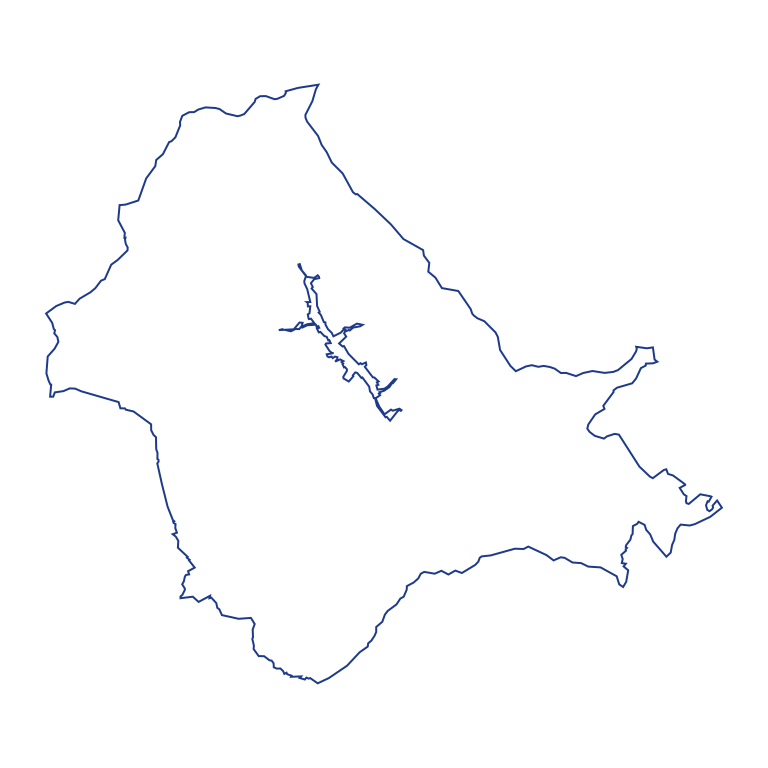 Sandominic, Harghita, Romania
{"feature_id": "2599482B98867301333239", "entity_name": "Sandominic", "entity_type": "district", "adm_level": 2, "iso_a3": "ROU", "parent_name": "Romania", "parent_adm1": "Harghita", "projection": "robinson", "projection_center": [25.816, 46.646], "detail": "fine", "context": "isolated", "style": "outline", "palette": "blue", "viewbox_px": 768, "rotation_deg": 0, "n_neighbors": 0, "source": "geoboundaries", "source_scale": "gbopen_adm2", "svg_char_len": 6090}
<svg xmlns="http://www.w3.org/2000/svg" viewBox="0 0 768 768"><path d="M710.3,516.8L721.9,507.7L717.1,500.5L712.6,505.7L713.1,507.4L712.2,509.2L709.5,511.2L707.3,509.9L706.0,505.3L707.6,501.3L708.7,501.7L711.5,496.7L710.6,496.3L700.3,494.3L688.8,503.9L686.5,503.2L685.9,501.2L686.5,496.1L683.8,494.3L679.7,487.9L685.2,484.9L684.9,484.2L673.1,475.5L668.0,473.9L666.3,469.3L663.8,470.0L652.8,478.2L649.9,476.6L639.4,466.6L618.9,434.6L614.6,433.9L607.1,436.3L603.9,438.6L594.7,435.8L589.5,431.8L587.3,428.6L588.3,424.5L595.2,414.4L604.5,408.9L603.3,405.8L613.6,392.0L613.5,390.4L617.0,387.7L632.2,383.3L636.1,378.5L640.9,368.1L645.7,365.6L645.9,363.6L653.1,363.3L657.3,361.7L654.6,359.6L652.9,347.4L646.9,348.3L636.2,346.8L636.8,348.7L636.1,351.4L631.5,359.0L618.0,370.1L613.3,371.9L604.7,372.9L592.5,371.0L583.2,373.0L576.0,376.1L566.1,372.9L560.9,373.0L554.8,368.7L549.9,367.0L543.7,365.9L538.4,366.8L531.8,365.2L526.1,366.4L515.8,371.2L510.4,365.9L500.1,350.0L497.8,336.8L495.5,332.4L484.3,321.2L477.3,318.2L473.8,315.5L472.2,313.6L470.7,309.1L458.3,291.0L441.9,288.1L435.4,277.6L428.3,271.7L429.3,262.9L423.9,255.6L423.1,250.1L403.5,239.1L391.0,224.5L374.8,209.1L357.2,194.0L355.6,194.3L352.9,192.1L342.7,173.5L331.8,162.6L326.8,152.3L321.6,144.8L318.1,136.0L307.1,121.6L305.5,117.7L305.4,114.9L312.4,101.1L315.9,89.2L318.4,84.7L298.0,87.9L285.6,91.3L285.9,92.8L284.2,95.8L277.4,98.8L274.5,99.2L265.9,96.1L260.1,96.2L255.6,98.9L254.7,101.9L244.3,114.0L240.3,115.6L237.4,116.2L226.0,113.5L219.6,109.1L215.5,108.0L205.5,107.4L198.4,109.5L194.1,112.1L189.2,112.2L182.3,115.8L180.0,121.9L180.2,125.3L175.4,137.3L171.5,141.2L169.1,142.1L162.9,154.2L156.2,160.0L155.3,166.1L146.2,178.4L138.3,200.5L125.6,204.6L119.6,205.1L118.2,220.3L124.8,232.8L124.4,237.8L125.5,237.7L125.0,239.7L125.8,244.0L127.7,247.5L127.5,250.4L117.6,260.0L111.2,264.7L104.8,279.1L101.0,280.7L95.3,288.2L90.4,292.3L79.7,298.6L74.9,303.9L68.4,301.9L64.7,302.5L56.3,306.0L46.1,313.5L52.2,322.9L53.8,329.0L55.0,330.2L54.3,333.4L57.3,336.9L58.4,341.8L54.6,348.7L47.7,356.5L46.4,373.4L48.5,380.3L50.3,384.4L51.2,384.6L50.1,396.7L53.2,396.7L54.8,392.4L63.5,391.1L69.7,388.4L75.1,388.6L81.3,391.3L118.6,402.1L120.4,408.3L124.9,408.4L125.9,409.7L133.6,411.5L151.1,424.3L151.2,430.3L153.6,435.0L156.0,437.2L156.2,449.2L157.5,452.8L157.4,459.0L158.4,459.6L158.6,461.5L157.3,463.4L161.9,484.0L167.6,506.7L172.9,520.1L174.2,521.2L173.2,521.8L173.7,523.1L175.5,524.0L175.3,528.1L176.9,532.7L172.7,534.2L175.8,536.6L178.3,540.8L177.9,547.7L187.7,556.9L186.9,557.7L189.6,559.8L189.0,560.4L194.7,567.6L188.1,571.2L189.1,574.4L185.9,575.0L184.9,576.6L183.8,581.5L182.2,584.3L184.9,588.7L184.8,590.0L182.4,594.8L180.5,596.5L180.5,598.2L192.8,596.7L198.6,601.9L210.0,595.8L209.5,598.2L211.3,597.6L216.3,603.1L217.3,607.8L219.4,609.4L221.9,615.1L238.7,618.8L250.9,617.9L254.7,624.0L252.7,629.5L253.0,637.3L252.3,638.9L253.9,645.6L253.6,649.0L258.7,656.1L264.1,656.2L269.5,660.3L271.6,660.6L273.6,663.3L273.8,667.3L276.8,668.6L280.4,668.5L283.2,671.2L284.3,673.9L286.5,672.7L287.2,674.2L291.5,675.7L291.0,676.8L301.1,676.4L299.7,678.0L304.9,679.5L306.4,677.6L308.7,678.6L310.2,678.1L317.7,683.3L328.8,678.1L347.1,665.7L359.6,652.3L367.7,646.6L368.2,643.3L371.4,640.6L374.6,635.7L376.2,632.0L376.2,627.0L382.3,621.8L384.9,614.6L387.6,611.0L396.5,604.4L400.3,598.6L403.7,596.7L406.7,589.7L406.9,586.1L413.7,582.5L418.3,578.4L420.8,573.7L424.2,571.9L434.7,573.7L441.4,570.8L448.4,574.5L455.3,570.6L461.9,573.0L475.1,565.0L478.3,561.7L479.8,557.7L481.7,556.4L490.8,555.4L514.9,548.7L523.6,549.0L528.3,546.6L546.5,555.1L553.6,560.4L560.6,557.3L564.6,557.8L572.5,562.5L581.1,563.1L588.3,566.6L600.6,567.4L616.7,576.3L619.2,584.3L623.1,587.0L626.2,581.8L628.2,570.3L623.6,566.4L625.8,563.7L621.8,563.1L622.7,559.1L621.3,554.8L626.0,550.7L625.6,549.3L627.0,547.9L625.7,547.0L626.2,545.1L630.4,539.6L631.4,535.4L632.6,534.1L632.9,526.1L637.2,523.8L638.6,521.8L644.6,524.9L646.2,529.8L650.2,534.4L653.2,541.6L666.4,556.7L670.7,552.6L672.1,544.9L674.3,539.9L675.2,533.7L677.5,528.3L680.6,524.6L689.7,525.5L694.7,524.2L710.3,516.8ZM299.8,264.1L301.8,270.4L305.8,275.2L306.5,276.8L314.2,277.9L317.7,275.3L318.9,276.7L319.2,278.1L314.2,279.2L310.9,283.2L312.8,287.0L311.6,288.5L316.5,294.1L317.1,306.0L319.7,311.8L318.7,312.6L320.9,315.0L323.9,322.2L325.4,322.4L325.5,324.7L328.0,329.2L331.7,332.8L333.4,336.3L340.9,332.6L343.4,329.8L345.2,329.7L343.6,328.5L344.8,327.4L349.7,327.7L357.0,323.6L362.6,324.8L360.2,326.3L353.1,327.6L349.8,330.5L348.8,330.0L344.9,331.7L344.1,333.3L346.2,336.6L339.1,343.5L342.6,346.5L343.9,346.0L348.5,353.9L358.8,364.3L360.4,363.2L361.9,364.2L365.9,362.5L366.4,365.0L364.8,366.8L372.9,377.4L374.4,377.5L378.6,381.5L376.9,382.3L378.3,384.8L376.4,385.4L377.5,389.6L384.4,388.7L387.6,386.6L394.5,379.1L396.2,379.3L392.9,383.2L392.2,382.9L389.5,387.0L384.2,390.7L379.5,392.2L380.1,393.1L378.9,393.7L380.1,395.2L376.0,398.0L376.1,399.5L379.3,406.6L384.5,414.3L391.0,409.6L392.7,410.7L399.4,408.7L401.5,410.1L400.9,410.8L399.7,409.8L397.5,411.3L390.1,420.7L386.8,416.9L385.6,417.3L377.0,405.9L375.1,398.1L373.8,398.1L372.6,394.4L370.0,391.4L369.2,386.7L362.4,377.5L361.5,378.0L357.2,372.9L355.3,372.4L352.8,375.4L353.3,376.3L348.8,381.5L343.5,378.4L343.3,376.8L346.9,370.9L346.9,369.2L344.9,367.0L344.0,367.4L342.5,364.2L343.2,363.6L341.6,362.1L343.4,361.1L340.1,359.4L335.2,361.6L337.3,359.0L337.4,357.2L334.9,356.6L332.7,358.1L331.5,356.5L329.2,357.3L327.5,356.5L326.7,354.3L333.6,353.1L331.7,352.9L329.4,350.8L325.4,344.6L326.0,343.5L330.7,343.1L329.3,340.1L328.3,340.5L326.7,336.8L324.4,336.1L320.4,331.9L318.8,332.4L316.9,328.5L319.2,327.8L318.3,326.1L316.6,326.7L315.9,324.7L307.1,325.3L302.3,327.6L300.7,327.2L299.3,329.1L295.5,329.0L290.9,331.3L284.6,329.8L278.8,330.1L282.5,329.2L282.7,329.9L293.8,329.3L299.5,322.5L302.6,322.8L301.5,326.7L307.0,324.3L314.3,323.1L311.0,318.7L308.9,319.1L308.5,318.2L307.8,314.4L309.5,313.3L310.3,306.3L307.9,306.4L307.7,302.8L306.8,302.1L310.3,302.0L307.2,289.1L304.5,283.4L304.3,281.0L306.0,276.1L298.8,266.6L298.4,264.5L299.8,264.1Z" fill="none" stroke="#1e3a8a" stroke-width="2"/></svg>